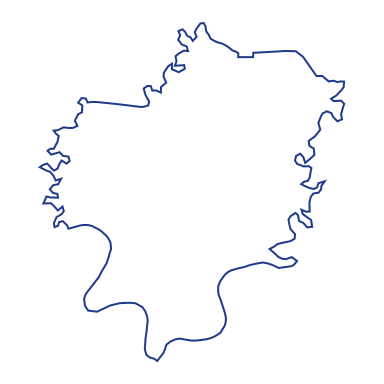 Três Barras do Paraná, Paraná, Brazil (orthographic projection)
{"feature_id": "56859067B38476721445901", "entity_name": "Três Barras do Paraná", "entity_type": "district", "adm_level": 2, "iso_a3": "BRA", "parent_name": "Brazil", "parent_adm1": "Paraná", "projection": "orthographic", "projection_center": [-53.227, -25.448], "detail": "fine", "context": "isolated", "style": "outline", "palette": "blue", "viewbox_px": 384, "rotation_deg": 0, "n_neighbors": 0, "source": "geoboundaries", "source_scale": "gbopen_adm2", "svg_char_len": 3518}
<svg xmlns="http://www.w3.org/2000/svg" viewBox="0 0 384 384"><path d="M224.7,325.7L225.7,322.4L225.9,318.0L225.3,314.8L224.4,311.3L223.1,307.3L220.4,299.1L218.7,295.1L218.2,291.5L218.2,286.4L220.0,281.6L224.7,274.9L227.9,272.1L231.1,270.4L238.7,268.2L244.5,267.0L248.5,265.5L253.5,264.2L262.5,262.5L267.3,263.3L271.1,264.5L274.8,266.0L278.6,268.0L290.8,266.3L293.6,265.1L297.1,261.1L291.8,257.1L286.0,259.1L282.6,258.9L278.3,256.9L274.9,253.6L269.6,249.0L273.6,246.9L277.7,244.0L283.4,242.6L290.5,241.1L294.6,238.7L295.1,234.3L290.6,229.2L289.5,225.3L288.5,219.6L290.7,216.1L295.6,212.9L297.9,215.1L299.1,221.0L303.3,222.9L307.3,227.4L312.2,226.8L311.1,220.0L302.8,214.1L301.5,209.7L305.9,211.7L309.7,211.5L309.5,205.6L309.5,202.1L310.8,196.8L313.4,193.5L318.5,192.7L321.1,189.4L321.3,186.1L324.7,181.3L318.5,183.2L317.0,187.5L313.6,189.0L309.2,187.9L304.2,185.7L301.2,184.1L304.1,181.7L307.8,180.9L309.8,177.3L310.4,173.0L311.4,168.0L308.9,166.2L303.6,166.4L297.1,163.8L295.0,160.7L296.1,155.9L300.3,153.7L303.4,157.1L305.2,162.9L310.9,158.2L314.4,154.9L313.8,148.6L309.3,145.8L308.7,140.9L315.0,136.3L320.3,129.7L318.4,123.1L320.7,117.0L322.4,113.6L326.7,111.3L331.4,113.1L333.2,117.1L337.4,121.3L342.0,119.3L341.1,114.4L342.7,108.4L344.2,103.8L341.1,100.7L333.5,101.1L331.1,98.7L336.0,95.8L341.2,90.4L343.6,87.3L344.1,81.6L340.6,81.4L337.5,82.1L333.6,80.7L328.6,81.4L322.2,75.9L316.6,76.1L303.0,56.8L295.7,51.2L284.7,51.0L270.2,51.9L253.3,52.8L253.1,57.1L238.2,57.1L238.3,53.3L235.8,51.6L232.8,50.6L227.1,46.2L222.0,43.5L218.4,42.6L215.4,41.4L210.7,38.9L208.7,34.7L206.2,31.3L205.5,26.4L203.6,23.0L200.3,23.5L196.2,29.1L194.8,32.3L196.6,36.7L192.8,40.9L190.4,37.2L187.4,36.0L184.9,31.6L182.4,29.3L178.4,31.1L180.2,35.2L178.2,39.8L181.8,44.5L186.7,46.4L188.0,51.1L184.0,50.6L179.2,53.3L175.5,56.2L176.5,61.3L174.9,65.7L179.2,65.5L184.2,65.1L184.8,68.8L178.7,72.2L172.0,69.3L171.9,63.7L168.2,66.2L163.8,72.8L163.6,76.6L166.2,82.6L161.0,87.0L160.9,92.6L156.0,90.4L152.3,90.6L150.8,86.1L147.6,85.9L143.7,88.5L145.5,95.0L149.1,101.6L148.3,105.3L145.1,106.5L141.2,107.0L119.2,104.3L97.6,102.1L92.3,101.9L87.6,102.5L85.8,98.5L81.6,98.1L78.2,102.7L82.3,105.4L82.2,108.9L82.0,112.3L78.2,114.2L74.9,120.7L77.4,125.8L73.1,127.9L68.4,128.0L63.7,127.3L57.8,130.2L53.7,130.6L55.9,133.6L58.7,136.0L57.5,141.8L55.4,145.8L53.8,148.8L50.3,148.8L47.5,150.8L51.2,154.6L59.5,152.2L63.1,155.9L68.4,156.6L69.7,160.9L66.6,163.6L61.6,160.5L59.7,163.4L57.5,168.6L54.1,170.6L51.7,168.6L49.6,166.1L47.0,163.5L42.6,165.2L39.8,167.2L46.4,170.6L50.0,171.7L53.6,175.9L55.6,180.5L61.0,178.8L58.2,184.2L53.3,185.1L49.8,189.3L53.0,192.9L57.4,193.9L58.0,197.7L50.0,197.4L46.5,196.5L43.4,203.5L51.0,203.2L53.8,205.9L57.9,210.5L62.5,206.6L63.8,211.2L61.7,214.1L56.5,217.2L53.8,223.4L54.6,227.1L57.9,225.8L59.2,222.0L62.8,221.2L67.1,225.4L68.5,228.7L80.4,225.4L84.0,224.9L88.2,225.1L92.0,226.0L97.7,228.9L100.5,230.5L105.7,235.1L108.2,238.1L110.5,242.7L111.1,249.1L109.8,252.7L108.2,258.5L106.3,263.8L101.5,271.8L98.7,277.3L87.5,291.7L85.4,294.8L84.1,298.8L84.9,305.7L88.2,310.6L97.1,311.7L107.3,306.8L110.8,305.3L119.7,303.2L125.8,302.9L131.1,302.8L135.5,303.3L142.3,307.0L145.4,311.5L147.3,317.1L147.7,321.3L147.1,325.5L146.7,330.6L145.5,338.5L145.2,343.7L144.8,349.3L146.4,354.8L149.6,357.4L154.4,358.8L157.2,361.0L161.0,356.1L163.5,352.8L165.1,348.8L166.3,344.8L170.2,341.7L175.5,339.3L179.7,338.6L190.5,340.5L196.9,340.5L201.3,340.0L206.8,339.2L211.1,338.0L214.9,336.3L220.4,332.8L224.7,325.7Z" fill="none" stroke="#1e3a8a" stroke-width="2"/></svg>